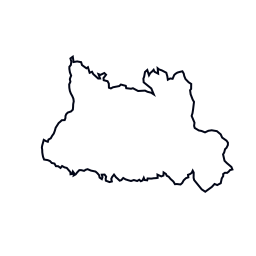 Pejuçara, Rio Grande do Sul, Brazil, rotated 341°
{"feature_id": "56859067B42637722016713", "entity_name": "Pejuçara", "entity_type": "district", "adm_level": 2, "iso_a3": "BRA", "parent_name": "Brazil", "parent_adm1": "Rio Grande do Sul", "projection": "robinson", "projection_center": [-53.603, -28.445], "detail": "fine", "context": "isolated", "style": "outline", "palette": "ink", "viewbox_px": 256, "rotation_deg": 341, "n_neighbors": 0, "source": "geoboundaries", "source_scale": "gbopen_adm2", "svg_char_len": 2870}
<svg xmlns="http://www.w3.org/2000/svg" viewBox="0 0 256 256"><g transform="rotate(341 128 128)"><path d="M70.0,152.6L72.5,154.2L74.5,153.7L76.4,153.8L79.1,156.2L83.1,158.6L84.3,160.7L85.3,163.2L85.0,165.6L86.6,167.8L87.9,166.1L88.0,163.6L90.7,164.4L91.5,166.9L90.4,168.6L89.9,170.6L92.9,173.1L95.3,173.3L95.6,170.7L97.0,169.2L99.6,167.5L100.6,170.7L101.6,172.4L103.0,175.1L104.7,175.1L107.2,173.7L109.0,175.8L111.7,177.8L113.6,179.1L116.6,179.1L119.4,181.1L121.8,180.6L122.8,182.5L124.7,182.3L126.7,180.2L126.8,182.6L129.1,183.7L130.1,182.1L133.7,183.5L136.1,183.9L138.1,184.5L139.8,184.8L140.7,181.7L143.7,184.6L146.0,184.5L147.2,181.6L148.9,183.8L149.1,185.8L150.6,187.3L151.6,190.0L153.5,193.4L154.1,196.4L156.0,196.9L159.3,198.5L161.4,197.6L163.6,195.6L166.4,194.3L169.0,194.3L169.5,191.8L171.3,191.8L173.6,191.2L175.3,189.4L175.6,191.5L173.8,196.5L173.6,198.8L177.7,210.0L180.3,213.4L188.1,211.0L191.6,209.1L193.8,211.0L197.7,210.4L200.2,206.2L202.4,204.4L203.0,202.5L205.0,201.9L207.2,202.7L209.1,202.0L210.7,201.0L213.2,201.2L213.1,198.5L210.0,193.3L208.6,190.4L209.3,183.9L211.0,182.4L212.9,179.6L214.7,178.8L216.9,176.6L217.7,174.4L217.0,172.0L213.9,167.7L213.6,164.2L211.0,159.9L206.4,157.4L203.1,156.8L199.4,157.2L196.5,154.7L194.2,153.4L191.1,149.7L191.2,147.5L192.6,144.6L192.1,137.3L193.8,135.0L195.6,131.6L198.9,124.8L198.4,122.2L198.2,116.5L199.0,112.5L200.4,111.6L202.1,106.9L200.2,104.5L198.3,100.4L198.1,97.2L198.4,94.7L197.9,92.1L195.0,91.8L192.7,91.7L190.6,92.2L189.0,92.9L186.2,96.0L184.0,94.9L181.4,95.3L182.0,92.0L182.2,88.2L178.6,84.4L176.5,82.8L175.5,81.2L174.2,86.4L171.4,83.5L171.2,81.3L169.2,82.4L166.9,83.3L165.0,85.0L165.1,79.4L162.3,80.6L160.0,84.7L158.6,86.4L157.7,89.9L162.9,98.2L163.3,104.6L161.4,102.2L158.2,100.1L156.3,98.2L149.6,96.3L145.6,92.0L143.7,91.9L139.3,89.8L139.6,87.4L135.4,84.6L133.4,85.5L127.0,84.6L124.7,85.0L123.1,83.7L124.3,79.8L123.9,77.1L120.6,74.9L121.1,72.8L124.6,70.5L123.5,68.3L119.3,68.8L117.6,67.4L117.7,72.1L115.9,71.5L112.7,65.7L112.3,63.1L109.7,63.3L109.9,57.5L108.1,58.0L105.0,53.5L105.1,50.5L101.6,48.5L98.0,47.9L99.0,42.6L96.2,43.5L96.0,46.9L94.4,49.9L92.5,51.0L91.8,53.0L91.2,56.5L91.3,60.0L90.1,61.3L88.9,62.9L88.6,65.5L86.6,67.6L85.6,70.9L85.1,74.1L85.2,76.8L85.7,79.6L85.9,82.5L85.4,85.1L83.9,87.7L82.9,90.3L81.8,92.7L79.5,93.8L76.1,93.8L74.1,94.8L72.8,96.3L72.1,98.2L70.7,99.9L67.9,99.1L66.0,100.0L64.1,100.7L62.1,102.3L59.7,104.2L57.9,106.8L56.0,109.1L53.7,110.7L51.6,112.6L49.1,113.0L47.7,114.9L46.1,113.6L44.5,111.8L42.8,114.3L41.2,116.6L40.2,118.4L39.8,120.6L39.0,123.2L38.6,125.4L38.3,127.5L38.4,130.5L41.6,132.2L43.5,133.9L44.5,136.2L46.9,137.7L47.4,140.6L49.5,141.4L51.2,143.8L53.3,142.5L55.2,144.6L57.1,145.8L58.4,149.1L59.2,151.1L58.6,153.0L60.3,153.3L61.7,151.2L62.3,153.2L61.2,155.2L63.4,154.8L65.7,153.3L68.2,152.0L70.0,152.6Z" fill="none" stroke="#020617" stroke-width="2"/></g></svg>